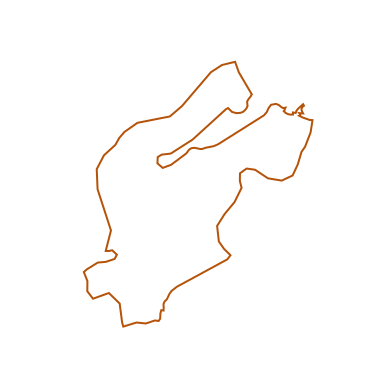 the border of Kocaeli, rotated 150°
{"feature_id": "TUR-2266", "entity_name": "Kocaeli", "entity_type": "Province", "adm_level": 1, "iso_a3": "TUR", "parent_name": "Turkey", "parent_adm1": "", "projection": "natural_earth1", "projection_center": [29.739, 40.883], "detail": "fine", "context": "isolated", "style": "outline", "palette": "amber", "viewbox_px": 384, "rotation_deg": 150, "n_neighbors": 0, "source": "natural_earth", "source_scale": "10m", "svg_char_len": 1723}
<svg xmlns="http://www.w3.org/2000/svg" viewBox="0 0 384 384"><g transform="rotate(150 192 192)"><path d="M195.1,116.0L252.4,117.5L258.9,116.6L262.2,115.2L267.5,111.6L270.6,110.8L272.7,109.2L274.4,105.9L275.9,103.6L277.7,105.0L280.1,102.6L282.9,98.2L285.4,97.0L288.4,99.3L297.7,101.2L305.3,106.7L318.8,109.8L317.7,114.1L310.4,131.6L314.5,146.1L331.1,149.1L332.3,158.4L327.1,167.2L325.7,176.8L321.6,177.6L308.9,178.0L301.6,174.6L292.5,172.7L288.4,175.3L290.3,181.5L293.4,182.4L296.2,184.1L281.4,199.2L272.4,241.6L263.1,259.4L249.9,267.8L234.9,271.1L227.9,275.2L220.5,277.8L204.7,279.2L173.4,268.5L157.8,271.4L115.7,286.3L102.5,287.0L89.6,283.2L91.6,272.2L91.4,246.7L91.5,246.7L93.5,245.4L96.4,244.3L98.9,242.9L100.0,240.8L100.9,238.7L103.0,237.2L105.6,236.3L108.0,235.9L110.3,236.3L114.0,238.0L117.3,241.3L118.8,246.7L121.3,246.7L165.3,237.1L191.2,235.9L199.5,239.5L204.2,239.4L207.6,234.1L205.3,227.5L196.5,226.0L178.1,228.2L176.5,228.7L174.9,229.5L172.9,230.2L170.4,230.2L167.7,229.0L163.2,225.0L161.8,224.2L158.1,223.5L150.1,220.8L145.5,220.3L91.5,222.4L87.3,223.8L83.7,226.4L79.9,228.0L75.2,226.3L73.3,223.9L72.3,221.2L71.2,219.1L68.9,218.3L69.8,217.7L70.3,217.1L71.0,216.6L72.1,216.2L71.2,213.3L69.8,211.3L68.0,209.8L65.8,208.6L64.8,210.4L62.7,208.6L60.8,210.2L58.1,211.2L51.9,212.5L51.9,210.7L54.1,210.4L55.6,209.3L56.4,207.3L56.5,204.5L58.7,205.9L59.6,206.6L59.4,205.4L59.6,204.8L60.2,204.5L61.1,204.5L58.6,200.8L54.1,195.6L51.7,194.0L59.5,184.3L71.4,174.7L77.1,172.0L86.6,163.0L96.6,156.0L108.6,157.0L119.4,165.9L126.3,179.8L133.0,185.0L141.1,184.2L145.0,177.7L147.0,170.8L160.2,162.0L174.8,156.6L187.2,150.1L193.5,135.7L192.7,126.7L190.3,118.0L195.1,116.0Z" fill="none" stroke="#b45309" stroke-width="2"/></g></svg>